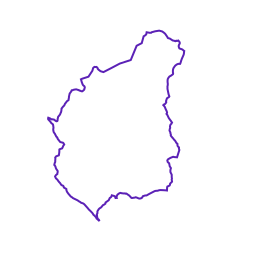 outline of San Miguel Peras, Oaxaca, Mexico, rotated 330°
{"feature_id": "50627088B72532409428040", "entity_name": "San Miguel Peras", "entity_type": "district", "adm_level": 2, "iso_a3": "MEX", "parent_name": "Mexico", "parent_adm1": "Oaxaca", "projection": "natural_earth1", "projection_center": [-97.017, 16.925], "detail": "fine", "context": "isolated", "style": "outline", "palette": "violet", "viewbox_px": 256, "rotation_deg": 330, "n_neighbors": 0, "source": "geoboundaries", "source_scale": "gbopen_adm2", "svg_char_len": 5725}
<svg xmlns="http://www.w3.org/2000/svg" viewBox="0 0 256 256"><g transform="rotate(330 128 128)"><path d="M162.9,166.5L162.4,164.8L162.5,163.4L162.3,161.9L162.0,161.0L161.9,159.5L161.6,158.6L161.5,157.5L161.3,156.9L161.3,155.8L161.9,155.0L162.0,154.0L162.5,153.0L162.5,152.5L162.6,151.4L162.7,150.9L163.1,150.4L163.8,149.6L164.6,149.0L165.1,147.7L166.1,146.6L166.8,146.2L167.8,146.0L168.9,145.2L168.7,144.6L168.7,144.2L168.7,143.1L168.6,142.6L168.5,141.8L168.3,139.7L168.6,136.2L168.4,135.5L168.4,135.0L169.3,134.5L169.6,134.1L169.9,132.7L170.0,131.8L170.0,131.1L170.2,129.5L170.4,128.4L170.3,127.3L170.2,126.4L170.0,125.9L170.4,125.6L171.5,125.7L172.2,125.7L173.8,125.0L174.1,124.7L174.3,123.8L176.3,122.0L176.9,121.7L178.8,121.7L179.6,121.3L180.0,119.1L181.6,114.3L182.0,113.4L182.5,112.6L182.9,111.8L183.8,110.8L184.4,109.9L184.8,109.1L185.2,108.1L186.0,106.7L186.8,105.6L188.0,104.8L188.7,104.5L189.8,104.1L190.9,104.2L193.0,104.0L193.8,103.9L194.5,103.1L194.7,102.3L195.6,100.7L196.3,99.8L197.3,98.9L198.3,98.4L199.2,98.0L200.1,97.6L201.0,97.5L201.7,97.4L202.5,97.4L203.7,97.6L205.1,98.5L205.9,98.0L207.8,96.2L209.2,95.0L211.0,93.7L212.9,92.3L213.7,91.4L215.0,89.6L215.2,89.4L215.0,89.0L214.7,88.3L214.5,87.6L214.0,86.7L212.7,85.3L212.3,84.7L212.4,83.9L212.6,82.9L213.0,82.2L213.7,81.5L214.6,81.0L215.3,80.4L215.6,79.5L215.5,78.4L215.2,77.3L214.4,77.3L213.7,77.0L213.4,76.5L212.4,76.5L212.0,76.0L211.3,75.2L210.8,74.9L210.4,74.4L209.8,73.2L208.9,71.4L208.2,70.7L207.7,70.3L207.5,69.8L207.6,68.8L207.5,67.6L207.3,65.0L206.8,63.5L205.9,61.5L203.7,59.3L199.8,57.8L196.3,56.9L195.7,57.1L195.2,56.8L194.9,56.7L194.4,56.4L193.9,56.0L192.0,54.4L191.5,55.0L190.5,56.1L189.9,56.2L189.3,56.3L188.8,56.4L187.5,56.4L187.4,56.4L182.3,61.4L176.6,61.1L164.4,70.5L153.1,68.1L142.6,67.7L134.7,67.3L132.8,65.3L132.5,64.8L132.3,64.4L132.2,64.1L132.1,63.7L131.9,63.3L131.7,63.0L131.6,62.5L131.4,61.6L131.6,61.2L131.6,60.5L131.4,60.0L131.3,59.4L129.8,58.6L129.5,58.3L128.8,58.4L128.1,58.5L127.6,58.8L127.1,59.3L125.8,60.6L119.4,63.8L112.9,62.4L111.6,62.3L111.5,62.8L110.8,65.6L110.7,66.6L110.5,67.4L110.5,68.3L110.7,69.1L111.0,69.7L111.1,70.2L110.9,71.2L110.5,71.7L109.9,72.1L109.4,72.8L108.9,73.0L106.9,73.4L106.6,73.3L106.4,73.2L105.9,72.7L105.6,72.3L105.3,71.9L105.0,71.5L104.6,71.3L104.5,70.9L104.3,70.5L103.9,70.1L103.5,69.8L102.8,68.9L102.3,68.6L101.9,68.4L101.5,68.2L100.0,67.7L99.6,67.6L98.9,67.6L98.1,67.2L97.9,67.3L97.0,68.0L96.1,68.4L95.4,68.7L94.7,69.0L93.7,70.1L92.4,71.5L91.9,72.4L91.3,72.9L90.6,74.0L89.9,74.2L88.9,74.2L87.5,74.7L86.7,75.1L86.0,75.3L85.4,75.6L84.1,76.6L82.2,77.1L81.5,77.4L80.8,77.7L80.2,77.9L79.6,78.8L78.7,80.0L78.2,80.5L77.7,81.0L77.1,81.3L76.3,82.0L75.5,82.5L75.1,82.6L74.2,83.0L73.2,83.3L72.7,83.8L72.3,84.3L72.0,84.5L71.8,84.8L71.5,85.1L71.2,85.6L70.8,86.2L70.5,86.4L70.3,86.6L70.0,86.6L69.7,86.5L69.4,86.4L69.0,85.8L68.8,85.4L68.6,85.0L68.5,84.6L68.3,84.0L68.1,83.7L67.7,83.4L67.4,83.1L67.1,82.8L66.7,82.6L66.3,82.5L66.0,82.0L65.8,81.8L65.6,81.4L65.3,81.0L65.2,80.5L64.8,80.2L64.3,79.4L64.1,79.2L63.8,79.5L63.3,80.3L63.3,81.0L63.9,83.6L64.0,85.2L64.4,86.3L64.7,87.0L64.8,87.4L64.4,88.6L63.5,90.7L62.8,91.4L62.3,92.3L62.2,92.5L62.0,93.3L61.7,93.9L61.6,94.8L61.8,96.3L61.6,99.7L61.8,100.0L62.0,101.0L61.7,101.8L61.8,103.0L62.3,106.3L64.3,108.2L64.5,108.7L64.5,109.3L64.5,109.9L64.5,110.4L63.1,111.0L62.2,111.7L60.8,112.7L58.0,112.2L57.8,112.3L56.4,114.6L54.8,116.7L54.4,117.1L53.9,117.0L51.7,116.6L50.2,117.2L50.0,117.8L49.7,118.3L49.4,118.8L48.9,119.5L48.0,121.0L47.0,121.7L45.7,123.1L45.7,123.3L45.9,123.9L45.9,125.0L45.5,126.5L45.4,127.4L45.6,130.0L45.2,130.8L44.8,131.3L44.1,132.0L43.8,132.5L41.9,132.8L40.6,133.5L40.4,135.5L40.5,135.8L40.6,136.1L41.0,137.4L41.1,138.3L41.1,139.1L41.3,139.9L41.3,140.5L41.5,141.1L41.6,141.5L41.7,142.4L41.7,142.9L41.7,143.5L41.8,143.9L42.2,144.7L42.9,145.5L43.0,145.8L43.0,146.6L42.9,146.8L42.7,147.4L43.0,148.1L43.7,149.2L44.1,150.0L43.9,150.4L43.5,151.3L43.4,151.6L43.4,152.3L43.3,153.0L43.4,154.0L43.5,155.0L43.7,156.3L43.9,156.9L44.0,157.9L44.4,159.2L44.9,160.0L45.2,161.0L45.7,161.8L48.2,165.5L48.5,166.2L48.8,166.9L49.6,168.2L50.0,169.3L51.3,170.7L51.8,171.6L52.1,172.6L53.1,177.4L53.3,178.9L53.7,180.2L54.1,181.6L54.4,182.9L54.6,183.6L54.7,184.5L54.7,186.0L55.1,186.9L55.7,189.6L55.5,190.6L56.1,192.2L56.7,194.3L56.9,193.4L56.8,192.5L56.5,191.8L56.4,191.4L56.7,189.8L57.5,188.0L57.6,187.4L59.0,186.4L59.6,185.2L60.1,184.7L61.3,184.1L62.0,183.7L63.1,183.4L65.1,183.3L67.7,182.3L69.1,182.4L70.6,182.2L71.3,181.3L75.2,180.9L77.2,179.5L78.6,179.4L78.8,179.3L79.3,179.1L80.3,178.2L81.5,179.4L82.4,180.4L82.5,180.6L82.2,182.4L83.3,182.9L83.4,182.3L83.5,181.8L84.4,181.3L85.1,180.7L85.7,180.4L86.2,180.4L87.3,180.2L88.2,180.3L88.8,180.3L89.3,180.7L90.0,181.4L91.9,182.8L92.5,183.0L92.8,183.3L93.2,183.8L93.6,183.8L94.0,184.3L94.6,185.7L95.3,187.1L96.0,190.2L96.4,190.6L99.2,191.7L100.0,191.8L100.6,192.4L101.8,194.0L102.2,194.5L102.7,194.9L104.0,195.4L104.4,195.4L104.8,195.3L105.2,195.4L105.6,195.3L106.0,195.0L106.4,194.7L106.9,194.5L107.2,194.6L107.3,194.6L107.7,194.7L108.1,194.8L109.1,195.0L110.4,195.7L113.3,195.7L119.6,196.0L120.6,196.3L122.4,197.2L123.7,197.4L124.5,197.7L125.3,198.1L129.0,200.5L130.5,201.6L132.1,199.1L132.8,198.4L135.2,198.6L135.9,198.2L136.7,197.2L139.3,196.5L139.4,196.3L140.1,194.4L140.7,193.9L141.2,192.6L142.5,190.3L142.7,187.4L143.7,185.6L145.1,184.2L145.0,182.0L146.0,179.1L145.6,178.1L145.4,177.2L145.7,176.4L145.7,176.0L145.9,175.7L146.6,175.3L147.2,175.1L149.8,175.1L152.7,175.5L153.4,176.2L155.8,177.9L161.5,172.7L161.7,171.5L162.4,170.4L162.4,170.0L162.3,169.7L162.1,169.3L162.0,168.9L162.0,168.5L162.1,168.1L162.2,167.7L162.4,167.3L162.6,166.9L162.8,166.7L162.9,166.5Z" fill="none" stroke="#5b21b6" stroke-width="2"/></g></svg>